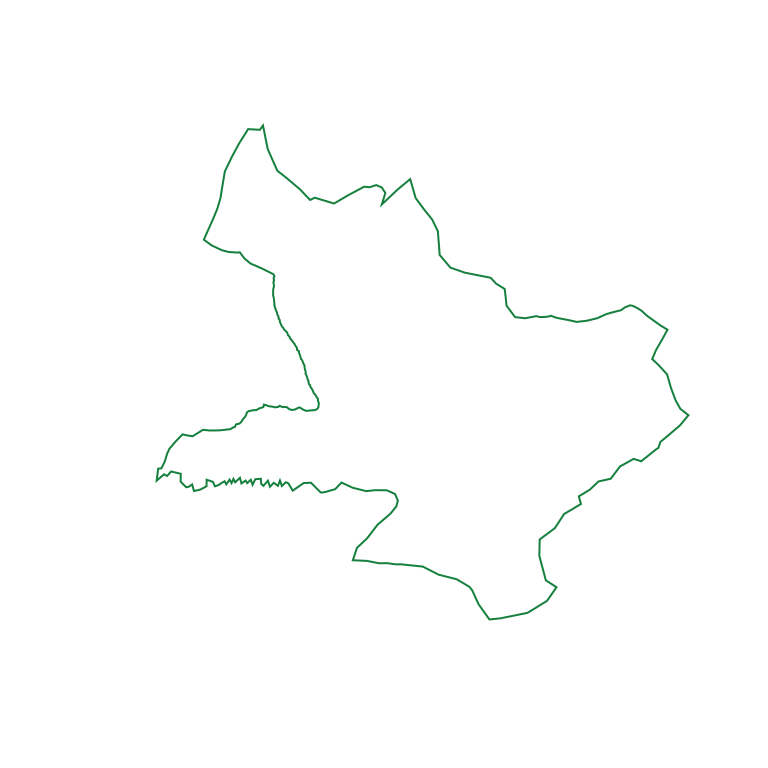 outline of Dabola, Dabola, Guinea, rotated 217°
{"feature_id": "49546643B93693461345641", "entity_name": "Dabola", "entity_type": "district", "adm_level": 2, "iso_a3": "GIN", "parent_name": "Guinea", "parent_adm1": "Dabola", "projection": "natural_earth1", "projection_center": [-10.933, 10.773], "detail": "fine", "context": "isolated", "style": "outline", "palette": "green", "viewbox_px": 768, "rotation_deg": 217, "n_neighbors": 0, "source": "geoboundaries", "source_scale": "gbopen_adm2", "svg_char_len": 4030}
<svg xmlns="http://www.w3.org/2000/svg" viewBox="0 0 768 768"><g transform="rotate(217 384 384)"><path d="M636.2,517.6L636.1,512.3L645.9,505.8L645.4,500.1L644.5,488.9L642.1,473.3L639.0,457.9L632.8,446.0L626.6,434.3L622.8,424.3L619.9,413.3L616.0,396.2L614.7,390.8L605.0,391.0L594.2,393.2L587.4,396.0L580.4,400.6L578.4,402.4L570.7,400.2L563.0,399.9L551.4,402.7L538.5,405.1L536.4,404.2L535.8,402.0L534.1,400.6L533.7,398.8L531.8,397.1L530.4,395.4L529.8,393.7L528.5,391.5L527.1,389.7L525.9,388.0L524.4,386.9L522.8,385.4L521.6,384.0L520.4,382.7L519.0,381.0L516.9,379.4L515.6,378.4L514.2,377.6L512.7,376.8L510.7,375.1L508.9,374.4L507.5,372.8L505.8,372.4L504.6,371.0L503.7,370.5L501.5,369.3L500.4,368.6L498.2,368.2L496.9,367.5L494.9,367.2L492.8,367.0L491.1,366.0L489.9,365.2L487.8,364.9L486.4,363.9L485.0,363.6L480.1,362.3L479.7,362.2L478.3,361.5L475.2,360.4L474.0,358.9L471.7,359.0L470.7,357.8L468.7,356.6L467.2,355.5L465.4,354.1L464.1,353.9L462.5,353.0L461.8,352.6L461.5,352.5L460.3,351.5L459.1,351.3L457.9,350.0L456.1,348.2L453.8,346.6L452.9,345.0L451.5,344.4L449.6,343.3L448.1,341.9L446.4,341.2L445.3,339.9L443.6,338.6L442.2,338.6L440.8,337.3L438.4,336.6L436.4,335.6L434.7,334.5L432.3,334.1L429.7,332.9L427.7,332.3L426.5,330.7L424.5,329.5L423.4,327.6L422.3,325.8L422.4,323.5L423.4,321.7L425.1,320.1L426.8,318.7L428.5,317.0L430.3,315.5L431.4,315.4L433.6,314.7L435.1,314.8L437.3,314.5L438.1,313.6L438.6,312.4L439.6,310.3L441.7,308.0L443.8,307.1L445.3,306.8L446.4,307.0L447.8,307.0L450.1,305.4L451.2,304.4L454.2,303.8L454.7,302.0L457.1,299.7L459.4,298.8L462.1,297.2L463.6,296.6L465.2,296.3L467.5,295.2L466.8,294.0L466.5,292.9L467.8,291.0L469.2,289.0L470.2,286.3L472.2,284.8L473.8,283.1L475.9,280.7L476.3,278.7L475.5,276.3L475.2,273.9L475.5,271.7L475.2,268.2L475.5,265.6L477.9,262.6L477.2,260.1L478.5,258.2L479.3,255.9L479.8,255.2L487.9,247.6L495.3,241.9L501.0,238.5L505.4,227.1L510.1,224.6L514.6,222.5L515.9,212.0L516.4,203.1L515.2,197.6L512.5,190.4L511.0,182.7L513.4,180.5L507.4,170.0L505.3,179.5L501.9,180.0L501.4,186.0L492.3,190.0L487.6,183.6L479.8,182.5L478.0,184.6L476.8,188.3L471.3,184.2L467.1,189.2L464.2,195.5L468.0,200.8L461.7,202.9L457.5,200.5L455.3,203.8L453.9,207.8L452.8,210.4L449.6,209.0L449.8,214.7L446.1,213.1L447.1,217.6L443.7,215.9L442.6,222.4L438.0,218.8L436.4,223.6L433.6,222.5L432.8,227.4L428.3,224.4L429.5,230.5L425.3,234.2L422.1,230.4L419.0,230.1L418.5,236.9L413.2,233.3L412.6,238.8L407.4,238.8L409.0,244.3L404.2,241.1L403.3,246.5L400.7,247.1L392.7,243.9L388.6,256.5L382.9,261.2L369.4,259.3L367.5,260.6L365.3,263.2L359.7,270.6L358.6,279.7L346.6,282.3L333.6,287.8L327.3,293.8L317.8,300.8L308.9,302.8L302.6,299.1L300.5,293.5L300.8,284.6L304.5,267.6L304.6,250.7L307.0,236.9L302.8,224.5L291.1,232.5L279.8,238.0L274.0,242.6L266.2,247.0L262.1,250.1L243.2,261.5L225.6,264.6L208.4,271.8L193.7,273.4L189.6,272.4L175.9,265.0L158.1,259.4L150.2,266.7L131.6,287.7L123.3,308.9L123.9,325.5L136.6,324.6L156.6,340.3L166.1,353.6L160.8,371.7L161.9,388.6L154.5,406.7L160.8,411.5L156.0,423.5L154.1,435.2L145.9,444.8L145.9,460.2L139.6,474.4L132.1,477.1L127.2,496.2L126.4,498.0L128.4,504.1L125.7,515.6L122.7,529.1L122.1,542.3L132.3,542.5L141.2,546.4L152.5,553.6L163.6,562.0L176.1,564.4L184.8,565.3L187.2,574.9L188.8,588.0L190.3,598.0L197.5,597.2L204.2,597.0L209.2,596.9L214.8,596.8L222.3,597.5L226.0,597.2L230.3,596.6L233.2,595.8L234.9,594.8L235.0,594.6L237.7,590.2L239.2,585.4L243.4,580.3L248.4,573.8L253.3,564.9L259.9,556.8L267.4,549.6L275.9,545.7L285.8,540.8L292.0,538.8L292.4,537.8L295.3,534.9L299.0,531.8L301.1,530.7L303.5,529.7L304.1,528.8L304.7,528.2L306.1,526.7L310.8,521.5L317.5,517.5L319.5,516.3L333.3,520.3L339.1,526.6L344.8,532.5L354.8,531.6L362.8,533.0L386.6,521.5L401.1,516.9L417.3,520.6L419.4,523.1L432.9,538.4L444.4,544.3L457.0,547.5L470.7,551.6L486.4,563.4L490.1,547.8L493.8,526.1L497.8,537.2L498.1,537.5L504.1,539.6L509.9,538.2L514.0,532.4L518.6,529.6L526.4,512.8L532.5,498.1L551.4,491.1L553.8,486.5L568.3,488.9L586.1,489.9L597.5,490.1L618.2,501.6L636.2,517.6Z" fill="none" stroke="#15803d" stroke-width="2"/></g></svg>